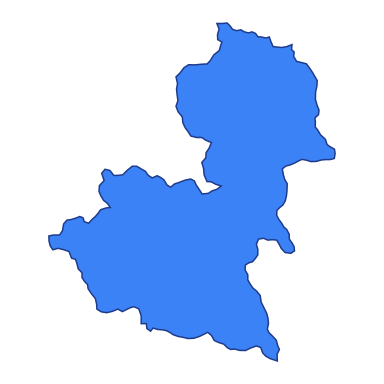 outline of Sabará, Minas Gerais, Brazil
{"feature_id": "56859067B97215734889399", "entity_name": "Sabará", "entity_type": "district", "adm_level": 2, "iso_a3": "BRA", "parent_name": "Brazil", "parent_adm1": "Minas Gerais", "projection": "robinson", "projection_center": [-43.778, -19.845], "detail": "fine", "context": "isolated", "style": "filled", "palette": "blue", "viewbox_px": 384, "rotation_deg": 0, "n_neighbors": 0, "source": "geoboundaries", "source_scale": "gbopen_adm2", "svg_char_len": 3272}
<svg xmlns="http://www.w3.org/2000/svg" viewBox="0 0 384 384"><path d="M96.9,309.1L101.2,311.8L106.7,312.7L112.3,311.4L117.8,309.1L122.4,311.6L126.4,309.6L130.3,307.7L133.9,306.7L138.8,308.8L141.2,315.8L141.2,323.7L146.3,323.6L146.9,328.6L150.6,331.2L153.0,328.1L157.9,329.5L163.0,329.9L166.8,330.8L170.1,332.6L173.2,334.7L178.3,336.5L182.5,337.2L188.0,338.5L193.8,338.3L199.3,336.5L203.9,334.3L207.6,332.3L211.4,335.4L214.3,340.5L218.9,342.6L223.9,344.2L227.3,347.7L230.6,349.4L235.1,349.1L239.4,350.4L245.5,350.5L250.7,348.0L256.2,346.0L260.7,347.4L262.7,352.9L265.7,356.1L270.1,358.6L277.3,361.0L277.1,354.2L279.4,349.5L277.7,345.6L276.3,340.2L272.7,336.3L269.2,332.9L267.3,329.2L268.5,323.5L267.9,318.0L266.7,313.3L264.2,308.3L261.2,302.2L260.2,295.5L256.6,291.1L252.9,288.0L250.7,284.9L247.8,279.8L247.8,274.7L245.1,270.1L245.4,265.0L248.9,262.8L252.5,261.8L255.4,258.4L257.8,254.9L257.8,249.2L256.4,244.5L258.5,239.1L263.7,238.3L267.7,240.1L272.3,239.7L276.7,240.1L279.5,244.9L281.3,248.5L285.1,252.5L290.9,253.3L294.5,250.9L294.1,246.7L292.2,243.2L289.3,239.1L289.2,234.2L286.7,229.5L283.8,226.9L281.6,223.1L278.8,219.4L276.7,215.2L276.9,210.4L279.8,207.5L283.0,204.9L285.3,200.8L286.5,195.6L287.0,190.5L287.2,183.6L284.8,179.7L283.4,174.9L282.3,168.8L286.0,166.0L289.8,165.1L294.5,163.1L298.6,160.9L301.9,159.4L306.5,160.2L311.0,161.6L316.5,161.4L321.2,160.0L325.7,159.6L329.9,159.6L334.3,158.5L335.1,153.6L334.5,149.2L330.1,146.7L327.1,144.6L325.4,139.3L320.6,134.9L317.8,130.2L315.2,126.9L315.4,122.6L315.0,117.9L318.5,114.6L319.0,110.1L317.1,105.3L315.4,99.4L315.6,91.8L316.9,86.1L317.2,80.6L315.2,77.1L312.9,73.1L310.0,68.7L306.4,63.8L301.3,62.5L296.6,61.4L293.6,56.3L294.2,52.1L291.5,49.5L292.0,44.6L286.5,46.7L281.5,47.5L273.1,46.6L270.7,41.1L269.3,37.0L265.8,38.0L261.4,37.0L257.8,36.7L255.5,33.4L252.0,31.9L248.4,32.9L244.3,31.8L240.9,29.8L236.7,30.7L232.6,29.4L229.8,25.6L227.1,23.0L221.7,23.5L216.9,23.5L219.1,29.0L217.5,34.7L217.7,39.6L221.9,42.0L220.6,45.7L219.3,50.5L213.9,54.8L210.1,60.8L207.2,63.9L200.7,64.3L194.6,64.9L188.7,64.7L184.0,67.7L180.0,72.9L176.0,76.9L177.5,83.6L176.5,89.2L177.1,94.6L177.9,100.7L176.0,106.3L178.1,111.8L182.3,117.0L182.9,122.9L185.4,128.1L187.7,131.1L190.8,136.0L196.7,137.5L201.8,137.5L205.7,140.2L211.4,142.6L209.0,148.4L206.1,152.6L205.8,157.8L201.8,162.5L203.6,168.4L204.1,174.8L207.0,181.6L211.1,181.8L215.8,184.3L221.2,186.0L216.7,189.4L212.2,190.8L208.4,193.3L202.2,194.0L199.0,189.2L196.3,185.2L194.4,181.0L190.8,179.0L185.2,180.1L178.9,182.5L174.4,184.0L170.8,187.2L167.0,185.0L164.1,180.1L161.1,177.7L157.2,175.7L152.2,177.9L148.2,175.3L145.4,171.3L141.0,168.8L136.7,166.2L132.3,166.2L127.6,170.0L122.7,174.8L118.8,175.3L113.9,175.5L109.9,170.4L105.0,169.3L101.7,173.3L104.1,180.6L99.4,185.6L99.0,191.4L100.8,195.8L103.6,200.4L107.3,203.3L110.3,207.5L106.3,207.9L100.6,209.7L98.3,213.0L95.4,216.5L92.3,219.2L88.6,223.2L84.2,221.6L83.1,217.8L79.8,216.5L75.8,218.1L70.7,219.6L66.9,220.1L63.6,224.0L62.5,230.6L59.6,235.0L53.8,235.0L48.9,235.9L49.0,241.0L50.2,245.9L52.9,249.8L58.1,248.3L64.0,249.8L69.0,251.5L71.6,258.2L75.5,259.3L76.8,263.2L78.3,269.0L82.0,272.8L82.0,277.6L84.5,281.4L87.5,284.5L88.1,288.7L91.4,293.7L95.4,298.6L96.6,304.1L96.9,309.1Z" fill="#3b82f6" stroke="#1e3a8a" stroke-width="1.5"/></svg>